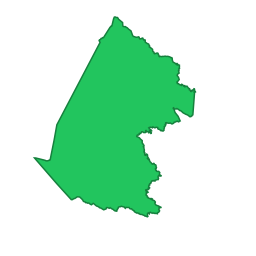 outline of Aveiro, Pará, Brazil, rotated 300°
{"feature_id": "56859067B38490722254751", "entity_name": "Aveiro", "entity_type": "district", "adm_level": 2, "iso_a3": "BRA", "parent_name": "Brazil", "parent_adm1": "Pará", "projection": "equal_earth", "projection_center": [-55.979, -3.763], "detail": "fine", "context": "isolated", "style": "filled", "palette": "green", "viewbox_px": 256, "rotation_deg": 300, "n_neighbors": 0, "source": "geoboundaries", "source_scale": "gbopen_adm2", "svg_char_len": 5926}
<svg xmlns="http://www.w3.org/2000/svg" viewBox="0 0 256 256"><g transform="rotate(300 128 128)"><path d="M44.1,94.4L37.6,114.7L38.3,115.8L39.5,116.2L40.4,117.2L43.1,118.5L44.1,120.6L43.4,123.7L42.8,125.2L42.3,125.8L42.2,126.6L42.5,128.0L42.2,128.9L42.7,129.4L42.7,130.6L43.2,131.2L43.4,131.8L43.1,133.7L43.3,134.8L45.2,135.4L45.4,135.8L44.7,139.7L45.0,141.2L45.0,142.3L44.7,143.1L45.1,144.6L45.0,147.8L45.7,148.5L47.1,149.5L47.7,149.2L48.4,149.3L48.7,149.6L49.2,152.0L50.1,152.3L49.9,154.4L50.1,156.0L49.8,156.8L49.7,158.1L50.2,159.6L50.4,159.8L50.9,159.3L51.9,159.7L52.5,159.4L53.5,159.6L54.5,159.3L55.5,159.9L55.9,160.7L56.8,161.2L57.5,163.7L57.7,164.0L57.1,165.8L58.4,166.0L58.5,166.6L59.7,168.6L59.1,169.8L59.2,170.7L59.8,171.4L59.7,172.0L59.3,172.5L59.4,174.7L58.8,175.1L58.6,176.7L58.8,177.1L58.7,178.1L59.3,178.8L59.3,179.3L59.1,179.8L59.6,180.3L59.3,181.2L59.3,181.7L60.2,183.7L60.1,184.2L60.4,185.9L60.2,186.8L60.5,187.0L60.7,188.7L60.9,189.3L61.5,189.4L61.9,188.7L63.7,187.6L64.6,188.0L64.3,188.5L64.5,188.8L64.4,189.3L65.4,188.9L66.1,189.3L66.3,189.8L66.0,190.6L66.6,191.7L66.6,192.1L67.0,192.2L67.4,193.9L67.7,194.0L67.9,195.0L68.4,195.8L68.5,196.3L69.4,195.9L70.4,196.7L72.0,196.8L72.6,196.2L72.6,195.6L73.0,195.2L74.2,195.2L74.8,194.6L75.2,195.1L75.2,195.6L75.4,196.2L75.8,196.2L75.7,193.2L75.3,191.4L75.4,190.3L76.1,189.0L76.5,188.8L77.1,188.9L77.5,188.7L77.5,188.3L77.9,188.1L78.2,186.9L77.9,185.4L77.9,184.3L78.2,184.2L78.7,184.5L78.8,184.1L78.7,183.7L78.0,183.6L77.8,183.3L78.1,183.0L78.1,182.6L77.7,181.9L77.5,180.4L77.9,180.1L78.1,179.6L77.9,179.2L79.0,178.2L78.9,177.3L79.4,176.9L80.0,176.8L81.7,175.9L81.6,177.1L82.4,177.5L82.9,175.9L82.7,174.7L83.2,174.3L83.6,174.4L84.7,176.2L85.6,176.5L85.9,175.8L86.8,176.7L87.1,176.6L87.4,175.8L87.3,175.4L88.1,174.9L88.7,174.8L89.5,175.3L89.9,174.7L90.6,174.7L91.3,175.4L92.0,175.3L92.2,175.0L92.7,175.2L93.7,175.0L94.4,175.3L94.5,176.1L95.1,176.2L95.5,177.8L96.1,177.5L98.0,179.2L98.4,179.9L99.7,179.6L100.0,179.0L101.3,178.2L102.3,178.4L102.3,179.7L103.0,180.6L103.3,180.5L103.4,178.8L103.9,178.2L105.3,177.8L105.8,176.3L104.9,174.8L104.9,174.3L105.4,173.8L105.4,173.1L106.5,172.1L106.8,172.2L107.0,172.6L108.2,172.3L108.5,171.5L109.2,171.3L109.8,170.7L109.9,170.3L109.6,169.1L110.3,168.3L110.2,167.9L109.0,167.3L108.9,166.9L109.7,164.7L109.8,163.8L111.3,162.2L111.4,161.8L110.9,161.5L111.4,160.2L112.0,161.0L113.0,159.2L114.4,158.4L114.7,157.6L114.7,157.3L114.3,157.4L114.1,156.6L113.3,157.0L113.0,156.7L113.1,156.0L113.4,155.9L113.9,155.3L115.1,154.8L115.1,154.0L115.3,153.8L115.6,154.0L116.4,153.3L117.0,153.3L118.5,151.8L119.4,151.3L119.3,150.9L119.6,150.6L120.1,150.8L121.0,150.5L121.4,149.2L121.9,148.7L122.1,147.8L124.2,146.6L124.7,144.0L125.2,142.9L125.1,140.9L124.9,140.2L125.1,139.8L125.4,139.7L126.6,139.6L127.2,140.7L128.2,141.0L128.6,140.5L128.9,140.5L129.1,140.6L129.6,141.7L131.6,141.8L132.0,142.5L131.9,143.9L132.7,145.3L133.3,145.6L133.5,145.3L134.6,144.6L134.9,144.9L134.3,146.4L135.0,147.8L134.5,148.2L134.3,148.5L135.0,148.8L135.3,148.7L135.4,149.2L134.7,150.5L135.0,150.8L135.6,150.6L136.5,148.5L136.7,149.4L137.3,149.8L137.4,149.1L137.8,149.0L137.7,148.1L138.2,147.3L138.5,145.9L139.1,146.1L140.1,147.3L140.4,149.1L141.4,149.0L141.6,151.3L142.7,151.9L143.3,153.5L142.7,153.7L142.1,154.7L142.5,155.9L142.1,158.0L142.7,158.3L142.6,159.1L142.9,159.9L144.0,160.3L145.4,159.5L146.3,159.5L147.4,158.7L147.8,159.1L148.7,159.3L149.1,159.1L149.4,158.5L149.9,158.5L150.1,158.9L150.6,158.5L151.1,158.7L151.5,158.2L151.8,158.5L152.1,159.9L152.6,161.1L153.5,162.2L153.4,163.7L153.9,164.5L155.3,165.2L156.1,165.1L157.1,166.3L157.7,166.4L158.6,167.4L158.5,168.1L158.7,168.9L159.7,169.1L160.2,169.6L163.2,165.5L165.0,160.9L167.0,158.8L167.7,157.3L168.0,157.2L168.3,157.4L167.7,158.1L167.7,158.7L168.7,160.4L169.3,160.6L169.3,161.3L169.3,162.6L169.0,164.2L169.3,164.6L169.2,166.0L168.7,168.0L168.8,171.4L169.1,173.0L168.7,176.0L169.3,176.8L169.9,176.9L170.4,177.3L170.9,177.1L171.8,177.6L192.0,167.9L192.0,167.4L192.2,167.2L192.8,167.6L193.0,168.3L193.3,168.1L193.5,166.9L194.2,166.7L195.1,165.9L195.0,165.5L194.6,165.5L193.8,165.9L193.5,165.1L192.1,165.0L191.6,164.3L191.1,164.3L191.1,163.9L191.4,163.7L192.1,163.6L191.8,162.8L191.8,162.0L192.5,161.9L192.8,161.7L192.7,160.5L193.7,158.1L192.3,156.8L192.9,156.5L193.1,156.0L192.8,155.8L192.4,155.9L192.1,155.5L192.3,155.1L192.6,155.0L192.5,154.2L192.8,153.3L192.6,152.5L192.2,152.4L191.6,152.8L191.3,150.6L191.7,149.6L191.2,148.6L191.5,148.2L191.8,148.2L192.2,147.4L193.4,147.8L195.6,148.1L197.2,146.3L197.9,144.5L198.2,144.2L199.6,144.1L201.2,144.8L201.7,144.1L202.3,143.8L202.7,143.1L203.7,143.3L204.5,142.4L205.4,142.8L205.8,142.3L206.5,142.1L208.1,141.1L207.9,140.7L207.9,139.8L208.4,138.2L208.2,138.0L207.6,139.2L207.3,139.2L207.2,138.3L207.7,136.3L207.6,134.1L208.8,132.6L210.6,131.3L210.8,130.7L210.4,130.0L210.5,128.8L210.0,126.7L209.0,125.1L208.8,124.2L207.9,123.3L207.4,122.2L206.7,121.6L206.3,120.3L205.5,119.6L205.5,119.2L206.4,118.5L206.9,117.3L207.6,116.8L207.7,116.3L207.4,115.6L206.3,114.7L205.9,113.9L205.6,113.8L205.6,113.4L206.6,112.6L206.7,111.2L208.4,109.9L208.7,108.6L208.9,105.9L209.8,105.8L210.2,105.0L211.0,103.9L210.8,102.2L211.0,100.0L212.6,99.0L212.8,98.6L212.2,98.1L212.1,97.8L212.6,97.2L212.7,96.4L213.2,95.9L213.0,95.3L212.3,95.1L211.1,93.8L211.1,93.3L212.1,92.4L212.3,91.7L211.1,90.4L210.5,89.4L210.4,88.1L210.0,87.0L210.4,85.8L213.6,82.0L213.9,79.1L214.4,77.3L214.3,75.7L214.5,75.4L214.4,74.8L213.8,74.0L213.6,72.9L213.8,72.5L216.6,70.6L217.5,65.4L218.2,64.3L218.4,63.5L217.9,62.7L217.7,61.2L217.1,60.7L215.5,60.9L209.0,62.8L208.5,62.7L208.0,62.9L207.5,62.3L206.9,62.4L206.3,62.1L194.0,61.6L193.6,60.9L193.1,60.9L192.1,59.9L190.9,60.0L190.2,59.3L189.5,59.2L189.2,59.3L188.2,61.0L186.5,61.1L95.2,64.8L80.5,70.1L61.5,76.5L61.0,75.9L60.7,76.0L59.4,74.8L58.6,73.5L58.6,72.6L58.1,70.7L55.9,63.1L55.3,62.0L44.1,94.4Z" fill="#22c55e" stroke="#15803d" stroke-width="1.5"/></g></svg>